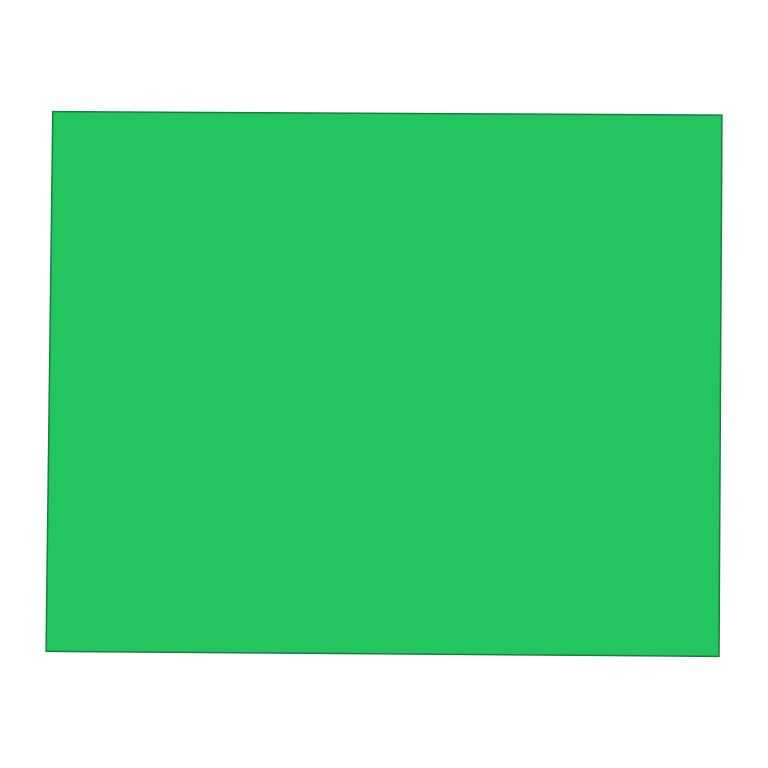 Trenel, La Pampa, Argentina
{"feature_id": "61730980B26408179177195", "entity_name": "Trenel", "entity_type": "district", "adm_level": 2, "iso_a3": "ARG", "parent_name": "Argentina", "parent_adm1": "La Pampa", "projection": "mercator", "projection_center": [-64.18, -35.632], "detail": "fine", "context": "isolated", "style": "filled", "palette": "green", "viewbox_px": 768, "rotation_deg": 0, "n_neighbors": 0, "source": "geoboundaries", "source_scale": "gbopen_adm2", "svg_char_len": 412}
<svg xmlns="http://www.w3.org/2000/svg" viewBox="0 0 768 768"><path d="M46.1,651.3L52.0,651.4L380.3,653.8L511.7,654.8L583.6,655.3L718.7,656.4L719.0,656.4L720.0,474.3L720.7,336.3L721.5,201.4L721.9,116.8L721.9,116.1L721.9,115.1L720.6,115.1L718.8,115.1L591.3,114.4L389.7,113.4L191.9,112.4L52.8,111.6L51.7,201.0L48.4,462.9L47.2,559.7L46.9,583.9L46.1,651.3Z" fill="#22c55e" stroke="#15803d" stroke-width="1.5"/></svg>